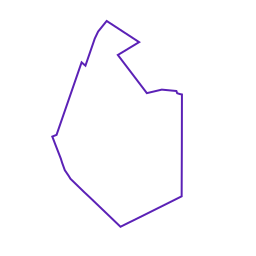 outline of Rio Grande do Piauí, Piauí, Brazil, rotated 196°
{"feature_id": "56859067B48966136379340", "entity_name": "Rio Grande do Piauí", "entity_type": "district", "adm_level": 2, "iso_a3": "BRA", "parent_name": "Brazil", "parent_adm1": "Piauí", "projection": "orthographic", "projection_center": [-43.132, -7.786], "detail": "fine", "context": "isolated", "style": "outline", "palette": "violet", "viewbox_px": 256, "rotation_deg": 196, "n_neighbors": 0, "source": "geoboundaries", "source_scale": "gbopen_adm2", "svg_char_len": 541}
<svg xmlns="http://www.w3.org/2000/svg" viewBox="0 0 256 256"><g transform="rotate(196 128 128)"><path d="M183.3,212.5L184.6,204.8L184.9,198.8L186.1,176.2L190.7,178.3L193.0,135.3L194.8,101.7L198.4,98.9L193.6,92.5L184.1,80.0L181.8,76.5L177.1,70.0L171.8,65.6L169.3,63.3L152.3,54.2L145.6,50.8L108.0,31.0L101.9,36.6L98.0,40.1L57.6,77.1L71.1,124.9L71.7,127.0L85.4,175.1L87.6,174.9L90.3,175.0L91.7,176.9L106.1,174.2L119.5,166.7L121.2,168.0L157.9,195.4L141.0,213.6L178.0,225.0L183.3,212.5Z" fill="none" stroke="#5b21b6" stroke-width="2"/></g></svg>